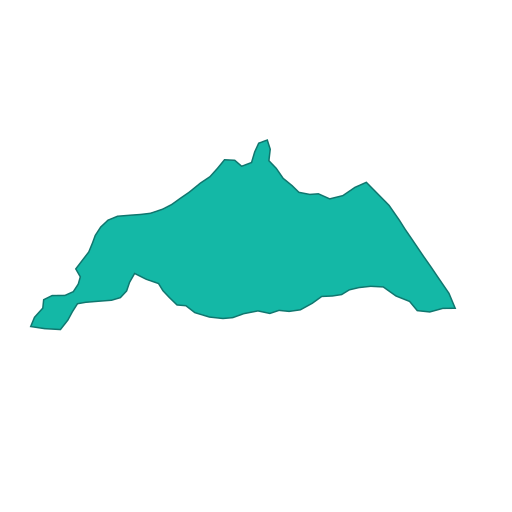 Capivari de Baixo, Santa Catarina, Brazil, rotated 102°
{"feature_id": "56859067B80668799138797", "entity_name": "Capivari de Baixo", "entity_type": "district", "adm_level": 2, "iso_a3": "BRA", "parent_name": "Brazil", "parent_adm1": "Santa Catarina", "projection": "albers", "projection_center": [-48.938, -28.454], "detail": "fine", "context": "isolated", "style": "filled", "palette": "teal", "viewbox_px": 512, "rotation_deg": 102, "n_neighbors": 0, "source": "geoboundaries", "source_scale": "gbopen_adm2", "svg_char_len": 1326}
<svg xmlns="http://www.w3.org/2000/svg" viewBox="0 0 512 512"><g transform="rotate(102 256 256)"><path d="M325.4,288.9L324.0,275.3L321.1,265.9L315.0,256.1L309.3,242.7L309.3,230.5L304.4,222.2L303.3,212.1L299.4,201.4L290.5,191.1L281.9,183.3L279.2,172.9L275.9,164.2L269.7,157.7L265.5,148.8L261.8,137.6L259.8,125.1L266.0,110.8L268.5,96.3L275.9,86.9L274.6,74.4L268.4,62.4L265.7,50.3L252.4,59.5L238.6,74.0L230.5,82.4L221.4,92.2L205.9,108.3L198.9,115.7L191.3,123.1L178.8,136.4L161.0,163.4L168.3,173.5L178.9,183.6L184.8,195.8L182.2,207.9L184.6,216.2L184.8,227.3L179.7,235.3L174.4,245.6L166.0,254.5L160.1,263.2L148.6,264.3L140.2,269.1L145.1,276.8L154.4,278.9L165.5,279.8L171.2,288.7L166.8,296.7L168.4,306.8L178.3,311.9L188.0,317.5L196.2,325.5L207.6,334.7L215.4,342.1L223.2,349.2L229.7,357.2L236.2,368.2L239.4,377.6L241.9,386.3L245.9,399.7L251.7,408.2L259.9,413.9L269.3,417.5L277.1,418.6L286.8,420.4L296.2,424.9L306.1,429.6L312.9,423.5L320.4,424.0L328.9,427.3L334.3,434.7L337.1,447.2L342.9,454.6L351.3,453.7L362.0,459.9L371.8,461.7L371.0,447.7L368.6,432.0L357.8,426.7L348.6,424.0L339.8,420.7L336.7,413.0L333.3,401.7L329.3,388.1L324.9,380.0L317.1,375.3L308.0,374.2L298.3,371.1L301.6,358.4L303.2,345.6L309.3,339.8L314.5,332.3L320.3,323.1L319.2,314.2L324.1,304.1L325.4,288.9Z" fill="#14b8a6" stroke="#0f766e" stroke-width="1.5"/></g></svg>